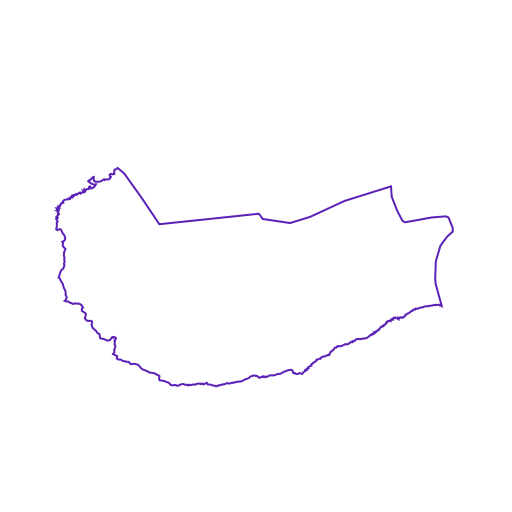 the district of Mitsamiouli-Mboudé, Andjazîdja, Comoros, rotated 252°
{"feature_id": "10938185B67203865227918", "entity_name": "Mitsamiouli-Mboudé", "entity_type": "district", "adm_level": 2, "iso_a3": "COM", "parent_name": "Comoros", "parent_adm1": "Andjazîdja", "projection": "equal_earth", "projection_center": [43.317, -11.447], "detail": "fine", "context": "isolated", "style": "outline", "palette": "violet", "viewbox_px": 512, "rotation_deg": 252, "n_neighbors": 0, "source": "geoboundaries", "source_scale": "gbopen_adm2", "svg_char_len": 6011}
<svg xmlns="http://www.w3.org/2000/svg" viewBox="0 0 512 512"><g transform="rotate(252 256 256)"><path d="M382.5,151.6L381.7,149.3L381.8,148.1L379.7,147.0L377.8,146.6L377.9,145.1L379.0,143.2L378.5,142.7L378.5,141.9L376.7,141.7L376.1,142.4L375.2,141.5L374.3,139.7L375.3,136.7L375.0,135.5L375.9,135.1L375.0,131.3L375.1,129.9L376.2,126.3L377.9,125.0L381.3,126.1L381.3,125.1L379.6,121.8L379.5,120.4L378.9,119.5L375.9,121.7L374.3,123.4L373.6,125.9L371.8,123.7L371.2,122.3L371.0,120.3L371.8,119.3L373.1,120.0L373.6,119.4L373.0,118.3L371.9,118.1L371.4,117.4L371.7,116.6L371.7,114.3L372.6,113.5L371.7,113.1L370.6,113.9L369.8,112.9L369.8,112.3L371.0,111.6L369.7,111.6L370.2,108.8L370.5,108.5L369.8,108.2L370.5,107.7L370.6,106.8L370.1,106.0L370.3,104.8L369.6,104.2L369.8,103.4L370.4,103.5L370.2,102.6L370.3,100.9L369.4,101.4L368.9,100.4L369.3,99.8L369.8,100.0L370.1,99.6L369.5,99.0L369.4,98.5L368.6,98.6L369.0,97.6L367.7,96.8L367.7,96.3L368.4,96.2L368.7,95.5L368.0,94.3L368.4,93.6L368.4,90.6L367.4,88.9L366.2,89.2L366.2,86.9L365.5,86.3L365.2,85.5L364.1,85.3L363.5,84.5L363.3,84.1L364.0,83.8L364.3,83.1L362.8,83.1L362.9,82.1L362.2,82.5L362.2,82.0L362.9,81.8L363.1,81.0L361.8,81.5L361.5,82.4L361.2,81.3L360.8,82.6L360.6,82.6L359.9,82.2L360.7,81.1L360.7,80.6L360.0,81.0L359.3,81.8L358.7,81.6L357.9,80.6L357.3,80.6L356.8,81.5L356.5,81.4L355.0,78.4L353.8,79.3L353.1,78.9L353.3,77.5L352.9,77.3L350.3,78.1L349.4,76.9L346.2,75.9L342.9,74.2L342.0,74.9L342.2,77.5L341.9,78.2L341.1,78.8L337.1,79.2L335.8,79.9L333.8,80.2L331.6,80.0L330.5,79.4L330.0,78.7L329.3,76.1L328.0,76.7L327.4,76.0L325.1,75.3L321.5,77.0L319.1,74.8L316.0,73.4L313.9,73.4L311.6,72.4L310.3,72.5L307.8,70.9L306.7,71.1L303.7,69.0L302.7,66.5L301.6,65.4L296.4,61.6L294.9,62.6L293.0,62.6L289.4,63.6L285.1,63.4L281.8,63.9L279.4,63.6L278.2,62.9L275.1,63.2L273.2,61.8L272.5,60.2L271.3,61.7L270.6,63.5L268.8,64.8L268.2,66.0L266.8,67.2L267.0,69.5L266.2,70.3L265.5,72.8L264.3,74.1L262.8,75.0L260.5,75.6L259.8,74.2L257.7,73.4L254.6,75.9L253.5,76.3L251.8,75.6L249.7,73.9L247.2,74.9L246.3,76.0L245.3,79.0L244.6,79.7L243.5,79.7L241.4,78.3L238.0,78.5L234.2,80.7L231.8,81.4L230.0,83.0L226.2,82.4L225.7,82.6L224.3,85.4L221.5,88.3L221.2,91.1L223.4,94.4L223.2,94.9L222.3,95.1L222.6,96.5L221.4,97.4L220.4,97.1L219.1,95.1L218.1,95.3L215.6,94.1L214.2,94.6L212.5,93.8L210.3,91.9L208.5,91.8L206.9,89.7L203.7,93.0L203.2,93.0L201.6,91.9L201.1,92.0L200.1,93.1L199.2,95.5L197.1,97.1L196.7,98.3L195.2,100.5L194.7,102.2L191.9,103.4L191.0,107.1L189.0,110.3L184.8,112.0L182.8,113.5L180.7,116.3L178.1,118.7L176.6,121.8L175.4,123.6L171.8,127.0L171.1,126.9L169.3,125.8L167.5,126.0L165.7,129.8L162.1,134.1L159.7,135.0L158.7,136.8L158.2,139.6L156.9,140.9L156.8,143.2L157.1,143.9L156.9,147.0L155.3,149.0L155.2,149.9L154.3,151.0L154.5,151.5L153.8,151.8L154.1,153.0L153.3,154.3L153.3,156.4L152.4,158.3L152.7,159.0L152.6,160.8L152.1,163.3L151.5,163.4L151.0,164.6L151.3,165.8L150.1,166.5L150.2,167.8L150.8,169.7L150.3,170.2L148.8,170.4L147.5,173.4L146.2,174.9L145.1,177.2L144.4,177.7L144.3,178.6L144.6,179.8L144.2,180.2L144.5,181.2L144.1,182.5L144.3,183.6L144.0,184.4L144.2,185.1L143.8,185.8L144.0,189.7L143.0,190.8L142.8,192.0L143.0,193.7L142.5,194.3L142.8,195.4L142.2,196.3L142.2,196.9L142.6,197.7L141.9,200.1L141.7,202.0L141.4,202.4L141.4,204.6L142.1,207.7L141.9,209.6L142.4,212.3L143.1,213.4L143.0,217.5L141.9,218.8L141.8,219.8L139.7,221.0L139.0,222.1L139.3,222.7L139.2,224.5L139.5,225.2L138.8,225.2L138.7,226.3L138.3,226.4L138.5,227.5L137.9,227.9L138.1,228.3L137.7,228.8L138.2,232.5L136.9,236.1L137.1,239.4L136.5,243.1L137.4,247.5L137.2,248.4L137.5,250.3L137.0,253.9L136.6,254.8L135.0,255.5L133.4,255.2L132.5,257.0L131.8,257.1L131.0,258.6L130.9,260.4L131.3,261.1L129.5,263.6L130.6,264.7L131.6,268.0L132.3,267.5L132.5,267.7L132.0,268.7L132.0,269.5L133.1,269.6L133.3,270.6L133.1,271.3L134.0,271.2L134.3,271.7L134.6,274.9L135.9,275.1L136.4,277.0L136.8,277.3L136.7,278.2L137.4,279.5L137.4,280.5L138.3,281.3L138.3,281.8L138.7,281.9L138.5,282.5L138.7,284.8L138.4,285.4L138.8,285.6L139.1,286.7L139.4,286.9L139.6,288.3L139.2,291.5L139.6,292.1L139.6,293.6L139.2,294.8L139.6,294.8L139.8,295.5L140.2,295.6L141.2,297.1L141.7,297.2L142.3,299.1L142.5,299.2L142.6,300.2L144.4,302.7L144.1,304.0L144.3,305.0L145.2,305.7L144.1,308.0L144.1,310.8L144.6,314.0L143.9,314.8L143.7,315.9L144.1,316.5L143.9,317.3L144.8,319.2L144.2,321.1L145.2,321.4L144.9,322.4L145.0,323.3L144.7,323.5L145.3,324.7L145.8,325.1L145.8,326.7L145.5,328.0L145.0,328.3L144.9,329.2L144.5,330.0L144.6,331.4L144.0,333.1L144.2,333.3L143.7,335.9L145.1,339.9L145.5,340.4L145.2,341.0L145.7,341.6L145.3,342.2L145.4,343.0L145.8,343.0L145.7,343.7L146.2,343.8L145.8,344.5L146.2,345.1L146.1,345.5L146.6,346.3L147.0,346.0L146.8,346.9L147.2,347.1L147.1,347.7L147.5,348.0L147.7,349.7L148.2,349.7L148.3,350.9L149.8,352.4L149.9,354.3L150.2,354.6L149.8,354.9L149.9,355.3L150.3,355.9L150.2,356.3L150.4,356.6L150.7,356.1L151.2,358.2L152.1,359.3L152.5,359.2L152.7,359.5L152.6,359.9L152.2,360.0L152.4,360.4L153.2,360.7L153.4,361.9L152.3,363.9L152.6,364.1L153.1,363.4L153.6,364.7L153.4,365.3L153.8,365.4L153.2,366.7L154.2,366.7L154.3,367.8L154.8,368.3L154.7,368.8L154.3,368.6L154.2,369.3L153.6,369.7L153.3,371.1L152.9,371.2L153.2,371.8L152.4,372.1L153.0,372.3L152.6,372.5L153.1,372.7L152.7,373.3L153.1,374.3L152.6,374.9L152.6,375.9L152.1,376.0L152.2,377.9L152.9,378.8L153.0,379.2L153.9,379.9L153.7,380.7L154.2,381.3L154.7,384.7L155.6,386.5L155.4,387.5L156.4,389.4L155.8,390.6L156.7,391.8L155.8,393.1L156.2,395.1L155.8,397.5L156.0,398.3L155.6,399.1L156.0,400.7L155.7,401.1L155.3,403.9L154.8,404.5L155.1,405.4L154.4,408.3L154.5,410.2L154.0,410.9L154.0,412.1L153.5,412.7L153.2,414.9L152.2,416.0L151.7,416.0L151.7,416.8L151.2,417.2L173.7,418.2L179.6,419.6L195.4,425.4L208.8,434.6L215.2,443.5L218.4,450.6L221.9,451.8L233.1,451.0L235.0,448.9L238.3,435.3L242.0,408.2L244.3,406.1L256.0,404.2L270.4,403.4L280.5,405.9L281.0,357.2L276.5,319.6L276.8,298.6L289.1,273.9L295.3,271.8L316.1,173.9L347.0,165.1L375.4,156.1L382.5,151.6Z" fill="none" stroke="#5b21b6" stroke-width="2"/></g></svg>